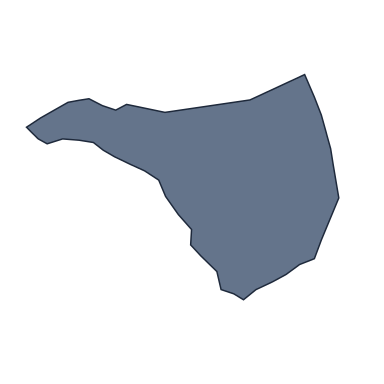 La Pendé, Logone Oriental, Chad (orthographic projection), rotated 346°
{"feature_id": "50815135B99305267844407", "entity_name": "La Pendé", "entity_type": "district", "adm_level": 2, "iso_a3": "TCD", "parent_name": "Chad", "parent_adm1": "Logone Oriental", "projection": "orthographic", "projection_center": [16.766, 8.864], "detail": "fine", "context": "isolated", "style": "filled", "palette": "slate", "viewbox_px": 384, "rotation_deg": 346, "n_neighbors": 0, "source": "geoboundaries", "source_scale": "gbopen_adm2", "svg_char_len": 840}
<svg xmlns="http://www.w3.org/2000/svg" viewBox="0 0 384 384"><g transform="rotate(346 192 192)"><path d="M55.7,103.3L55.8,103.4L63.1,110.2L79.3,109.2L94.9,114.4L108.3,120.1L116.1,130.1L125.5,139.2L138.9,150.3L151.1,160.0L162.6,172.4L165.3,189.9L173.3,210.6L182.5,228.3L177.9,243.0L185.1,256.1L196.9,275.2L196.6,293.7L207.9,300.9L215.9,309.0L230.4,302.2L248.5,298.6L263.5,294.7L278.8,288.4L294.6,286.3L306.0,269.7L333.0,233.3L335.6,199.6L337.0,183.5L336.6,169.0L336.6,168.3L336.6,167.2L336.1,148.6L333.7,129.6L329.7,105.3L288.2,113.3L281.6,114.6L280.0,114.9L270.5,116.7L218.1,111.5L185.0,108.2L161.8,97.0L161.4,96.8L161.2,96.7L149.7,91.2L137.8,94.1L129.8,89.0L125.9,86.5L114.6,76.6L104.7,75.7L93.4,75.0L63.0,83.5L47.1,89.1L50.5,94.9L51.3,96.2L54.8,101.9L54.8,102.0L55.7,103.3Z" fill="#64748b" stroke="#1e293b" stroke-width="1.5"/></g></svg>